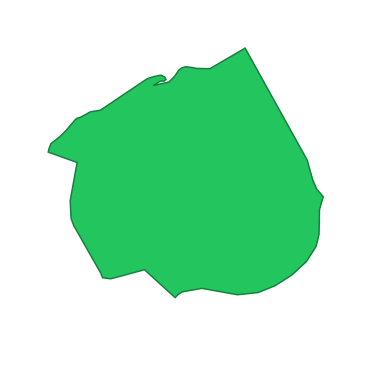 map outline of Baghdad (Natural Earth projection), rotated 238°
{"feature_id": "IRQ-3063", "entity_name": "Baghdad", "entity_type": "Province", "adm_level": 1, "iso_a3": "IRQ", "parent_name": "Iraq", "parent_adm1": "", "projection": "natural_earth1", "projection_center": [44.431, 33.304], "detail": "fine", "context": "isolated", "style": "filled", "palette": "green", "viewbox_px": 384, "rotation_deg": 238, "n_neighbors": 0, "source": "natural_earth", "source_scale": "10m", "svg_char_len": 803}
<svg xmlns="http://www.w3.org/2000/svg" viewBox="0 0 384 384"><g transform="rotate(238 192 192)"><path d="M285.9,313.3L158.2,306.6L138.5,300.9L128.6,299.3L118.5,300.8L109.5,290.8L88.9,277.4L80.0,268.3L72.3,252.0L68.7,232.7L68.5,212.9L71.7,194.7L80.8,176.1L105.1,149.2L112.5,130.8L112.4,125.9L111.4,121.7L151.3,110.5L161.4,77.2L166.7,70.7L171.1,71.6L226.2,73.9L233.8,75.5L249.2,84.1L277.9,110.2L302.0,91.2L304.6,93.8L307.8,98.1L308.9,108.8L310.8,117.4L315.0,130.6L315.5,133.4L315.0,134.8L314.5,137.0L313.8,148.4L309.9,157.6L310.9,185.6L311.8,214.2L310.0,221.2L307.6,227.5L304.0,229.8L301.2,229.6L300.9,227.0L302.8,224.0L302.8,215.5L297.5,230.6L299.3,238.5L302.3,245.2L302.6,249.2L301.7,252.9L296.9,258.8L294.5,261.2L287.1,272.4L285.9,313.3Z" fill="#22c55e" stroke="#15803d" stroke-width="1.5"/></g></svg>